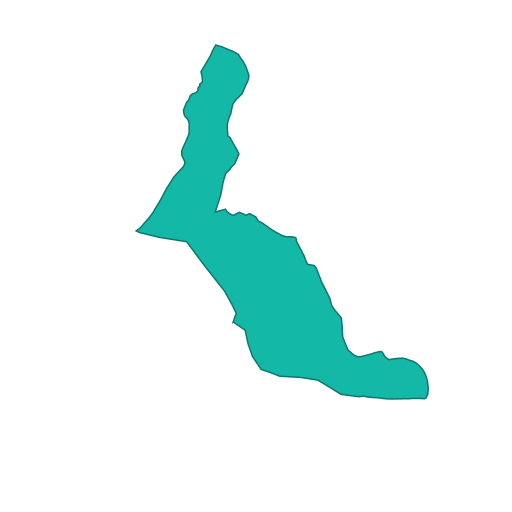 Ad Dohi, Al Hudaydah, Yemen (Equal Earth projection), rotated 242°
{"feature_id": "15242507B68430322217319", "entity_name": "Ad Dohi", "entity_type": "district", "adm_level": 2, "iso_a3": "YEM", "parent_name": "Yemen", "parent_adm1": "Al Hudaydah", "projection": "equal_earth", "projection_center": [43.199, 15.222], "detail": "fine", "context": "isolated", "style": "filled", "palette": "teal", "viewbox_px": 512, "rotation_deg": 242, "n_neighbors": 0, "source": "geoboundaries", "source_scale": "gbopen_adm2", "svg_char_len": 4102}
<svg xmlns="http://www.w3.org/2000/svg" viewBox="0 0 512 512"><g transform="rotate(242 256 256)"><path d="M208.3,204.7L208.3,205.0L195.5,211.6L193.1,210.9L191.4,210.4L191.2,210.4L184.8,208.5L181.8,207.7L172.5,206.3L169.1,205.7L153.4,207.3L150.5,210.1L146.1,214.2L143.4,216.5L141.1,218.5L139.6,219.7L138.7,220.5L136.6,224.0L133.0,229.9L130.5,234.1L128.2,237.8L127.8,238.5L125.8,241.1L122.9,245.0L120.5,248.2L120.3,248.5L117.4,252.3L114.4,254.1L105.5,259.4L103.3,260.7L98.0,263.8L93.8,266.3L85.1,278.5L83.4,280.9L83.2,281.4L81.5,286.0L80.6,286.7L79.8,287.4L77.7,290.5L77.4,291.0L76.1,292.8L75.9,293.2L74.5,295.6L72.2,299.1L70.6,301.2L68.5,304.4L66.4,308.0L64.6,311.5L62.0,316.6L60.7,319.3L59.3,321.9L57.9,324.6L56.8,327.3L54.9,330.8L54.3,331.9L53.3,333.8L51.0,337.6L50.8,338.0L51.0,339.7L51.3,340.4L51.7,340.7L52.5,341.5L52.6,342.1L52.9,342.4L55.7,344.4L58.9,346.2L62.0,347.5L65.2,348.6L68.6,349.4L71.8,349.9L72.9,349.9L74.6,350.0L77.4,349.8L80.3,349.2L83.6,348.1L86.4,347.1L89.1,345.4L91.9,342.6L94.3,340.6L95.6,339.1L96.9,337.7L98.6,334.0L99.5,332.0L100.5,329.5L102.0,325.0L102.2,324.6L104.6,323.3L107.4,322.5L110.1,322.5L111.6,322.4L112.4,322.0L113.5,320.7L113.9,318.8L114.7,316.2L115.3,312.2L116.9,305.4L117.8,301.8L118.9,298.9L120.1,297.9L122.9,295.7L126.6,294.4L127.0,294.2L130.2,293.1L131.2,293.3L136.3,293.6L144.0,294.6L153.8,299.2L161.4,302.3L165.1,301.4L168.5,300.7L171.6,300.1L174.6,299.8L177.4,299.6L183.5,301.3L183.9,301.3L199.4,301.7L200.3,301.7L201.7,301.7L201.8,301.7L217.2,303.5L219.2,303.1L220.2,303.0L224.5,297.6L225.0,297.6L228.2,297.8L228.6,297.9L231.0,298.1L232.2,298.4L232.8,298.5L241.5,298.6L245.8,298.6L249.0,298.6L250.8,298.9L251.5,299.3L253.0,299.7L253.6,299.4L254.4,298.8L254.7,298.4L254.8,298.3L255.1,298.0L256.6,296.0L256.7,295.9L258.1,292.8L258.1,292.7L259.7,290.8L260.3,290.1L262.6,288.1L265.5,286.2L268.1,284.4L269.9,283.4L271.3,282.5L274.0,281.1L276.9,279.7L279.8,278.2L280.1,278.1L282.7,276.7L285.2,274.9L285.6,274.5L285.7,274.4L288.7,274.3L290.4,274.2L294.2,271.7L296.4,270.3L296.7,266.2L298.9,264.7L302.4,261.7L302.5,259.0L302.4,255.2L303.5,254.2L306.0,252.4L307.9,251.6L308.9,251.3L310.7,251.0L311.7,250.9L313.5,242.7L313.9,240.6L326.2,253.3L337.2,262.1L340.8,265.7L342.8,267.7L343.8,270.0L344.9,274.4L345.6,274.6L347.5,280.6L350.6,284.5L354.1,288.8L359.0,289.0L364.1,288.8L369.0,288.7L372.8,288.6L375.3,287.6L376.1,287.9L379.0,289.2L382.1,290.4L384.7,291.9L387.5,293.9L389.9,296.3L392.1,298.6L393.3,300.4L400.5,306.3L401.5,307.8L402.3,309.3L403.6,312.3L404.6,315.9L405.8,319.9L407.6,322.2L409.9,325.0L412.0,327.7L412.3,328.1L414.0,330.4L416.3,332.9L418.2,334.1L418.8,334.5L422.1,335.1L424.9,335.5L427.2,335.9L428.0,336.0L430.9,336.0L433.7,336.0L434.0,336.0L437.0,335.5L440.0,335.2L442.3,335.1L447.5,331.8L450.0,329.6L456.9,323.9L457.6,323.2L461.2,319.5L457.8,314.3L454.1,309.6L452.0,306.2L444.5,293.9L440.4,292.9L437.1,291.5L435.7,290.9L435.0,290.3L434.6,289.7L434.4,288.6L434.3,287.7L433.9,286.8L433.6,286.6L433.0,286.5L432.5,286.5L432.2,286.1L432.2,285.3L432.1,284.6L431.8,284.1L431.4,283.5L430.7,283.1L430.2,283.0L429.5,282.8L429.2,282.3L428.8,281.0L428.5,280.1L428.5,278.6L428.7,277.0L428.9,276.1L428.9,275.3L428.7,274.2L428.3,273.1L426.7,271.3L425.3,269.8L424.8,268.4L424.4,267.1L418.9,260.5L416.1,259.4L414.2,258.9L412.3,258.9L409.4,259.7L406.5,259.9L404.8,259.3L403.7,258.9L400.8,257.2L397.2,255.4L394.8,253.7L389.1,246.6L385.7,242.0L383.3,239.5L379.5,237.7L373.4,237.5L371.1,236.7L370.4,235.7L369.2,234.2L367.8,230.5L364.4,220.7L360.4,213.7L357.5,208.6L349.9,197.3L347.5,193.2L345.4,189.7L344.8,188.7L342.6,185.2L340.4,180.5L335.6,168.2L335.0,166.1L334.7,164.0L334.4,162.0L333.9,162.4L331.4,164.2L318.1,179.1L317.8,179.4L314.5,183.8L312.9,185.9L312.7,186.2L308.5,191.8L307.4,193.3L306.5,194.3L304.6,197.0L301.3,201.3L301.1,201.5L297.9,202.0L288.4,203.4L282.7,204.3L271.7,206.0L269.4,206.4L268.6,206.5L261.3,207.9L260.7,208.0L256.2,208.8L255.6,208.9L250.4,209.8L242.4,211.3L241.6,211.4L239.7,211.8L231.0,211.9L230.8,211.9L225.3,212.0L222.3,212.0L219.5,211.8L214.3,211.6L213.2,209.9L208.3,204.7Z" fill="#14b8a6" stroke="#0f766e" stroke-width="1.5"/></g></svg>